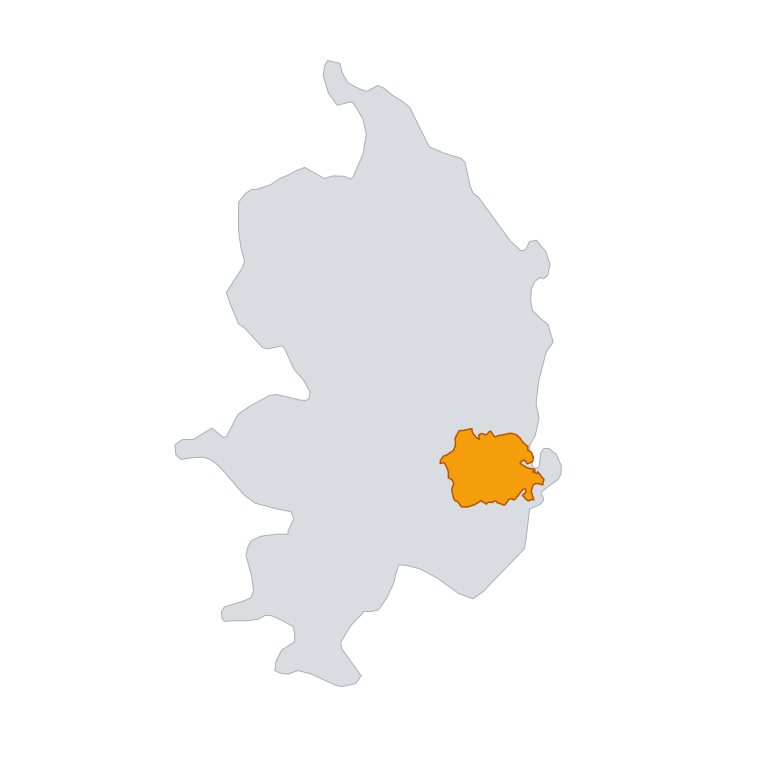 Zürich on a map of Switzerland (orthographic projection), rotated 102°
{"feature_id": "CHE-176", "entity_name": "Zürich", "entity_type": "Canton", "adm_level": 1, "iso_a3": "CHE", "parent_name": "Switzerland", "parent_adm1": "", "projection": "orthographic", "projection_center": [8.664, 47.43], "detail": "fine", "context": "in_parent", "style": "filled", "palette": "amber", "viewbox_px": 768, "rotation_deg": 102, "n_neighbors": 0, "source": "natural_earth", "source_scale": "10m", "svg_char_len": 4857}
<svg xmlns="http://www.w3.org/2000/svg" viewBox="0 0 768 768"><g transform="rotate(102 384 384)"><path d="M561.9,241.1L566.0,243.6L575.6,252.2L573.5,267.1L562.9,291.1L557.3,310.5L556.8,325.3L558.0,332.3L560.0,332.2L570.5,333.1L575.8,333.0L592.7,336.8L606.2,342.5L608.9,348.6L610.8,356.2L627.0,366.2L645.6,372.6L651.8,370.3L674.1,345.7L683.0,349.5L688.7,362.2L688.6,369.0L682.9,394.8L682.1,408.6L687.7,417.6L688.5,424.7L687.0,431.2L677.8,432.0L665.5,428.8L654.8,417.9L647.0,419.4L640.2,422.3L636.9,432.9L634.0,445.5L635.1,452.4L640.1,457.7L644.1,469.0L647.2,483.8L649.4,490.5L647.1,493.6L640.6,495.7L635.2,493.8L625.5,476.3L620.9,469.7L613.5,468.6L600.4,473.1L580.3,483.3L572.1,483.3L565.2,481.4L558.6,473.1L552.9,456.9L551.0,446.8L547.2,447.2L534.3,444.3L528.3,448.4L528.4,465.0L527.3,485.6L520.9,499.0L503.0,522.1L496.4,532.2L493.7,539.4L493.2,545.7L496.0,556.5L499.9,566.9L496.7,572.8L487.1,575.9L480.3,569.6L477.6,558.5L462.9,543.2L469.6,530.4L468.4,527.2L444.2,520.6L433.8,510.9L419.2,493.9L416.5,486.6L417.2,463.0L416.4,457.2L414.4,454.4L407.4,454.6L397.5,462.8L388.4,475.0L369.8,488.7L367.8,491.7L373.9,505.2L373.6,510.5L358.3,531.8L355.3,538.9L335.9,552.2L327.0,557.2L300.3,546.9L292.9,545.7L280.9,552.1L263.9,558.2L236.4,564.0L226.5,559.2L221.8,554.7L219.6,548.2L212.9,536.5L205.4,529.5L200.1,522.0L193.2,513.6L188.7,506.7L195.4,485.2L191.1,477.4L189.1,466.5L190.4,459.1L188.0,457.3L163.7,452.4L143.4,453.2L128.6,460.0L116.4,471.7L114.9,474.2L115.5,476.4L121.1,487.7L110.7,499.0L95.0,507.6L84.1,508.2L79.3,506.3L79.5,493.7L88.7,489.4L97.1,481.6L100.2,470.2L101.5,462.1L93.2,452.1L94.5,446.1L100.2,434.9L103.6,425.0L108.0,416.4L125.3,402.8L142.6,389.0L145.6,373.9L147.4,355.5L149.9,351.1L172.9,340.7L178.7,336.5L181.7,330.3L200.0,310.0L218.1,289.9L221.8,283.1L224.8,279.1L224.9,275.8L222.7,273.2L214.4,271.3L211.7,264.7L221.0,253.2L232.5,246.4L243.6,246.5L247.9,249.8L247.6,253.7L252.3,257.9L260.6,259.5L271.0,258.2L281.3,254.0L287.8,243.7L291.6,236.0L307.8,227.2L318.7,231.9L349.1,233.4L371.4,231.2L385.3,225.2L402.6,225.3L414.1,228.7L416.1,228.3L419.3,227.5L422.5,224.2L433.4,222.0L434.8,219.3L434.4,216.5L432.4,215.1L419.1,216.5L414.0,214.3L412.7,209.4L417.0,200.8L426.8,193.8L435.2,192.1L441.2,194.0L455.8,207.0L459.3,207.4L461.4,205.0L464.4,203.7L469.5,206.3L475.2,214.3L476.1,215.6L508.9,212.6L516.2,212.6L538.6,226.6L561.9,241.1Z" fill="#d9dde1" stroke="#a8b0b8" stroke-width="1"/><path d="M439.0,220.3L439.7,215.6L438.5,215.5L437.9,215.3L437.9,215.2L439.8,212.8L442.1,210.6L443.0,208.9L444.1,207.7L449.8,207.9L449.4,210.9L449.6,214.1L450.2,215.2L451.0,216.4L451.9,217.0L453.1,217.4L458.5,217.6L459.3,217.3L460.0,216.9L460.5,216.3L460.9,216.0L461.2,215.9L461.8,216.0L462.4,215.8L462.9,215.4L463.5,214.7L463.8,214.4L466.0,213.4L466.5,216.0L468.0,217.8L468.2,218.6L468.0,219.6L467.5,220.4L466.5,222.4L465.3,223.7L464.5,225.2L464.1,225.2L463.5,225.1L462.9,224.7L462.2,223.9L460.2,222.9L459.3,222.8L458.4,223.1L457.5,223.8L457.3,224.2L457.3,224.7L457.8,225.4L459.0,226.8L460.6,227.4L469.0,231.5L469.8,232.3L470.5,233.4L470.3,233.7L469.6,235.1L470.2,236.8L471.0,237.7L472.3,238.5L476.2,240.1L477.2,240.9L477.5,241.5L477.5,242.1L476.7,246.3L476.7,246.7L476.7,247.1L476.8,247.4L476.8,247.6L476.8,248.0L476.6,248.5L476.3,248.8L475.7,249.3L475.5,249.5L475.4,249.9L475.3,250.5L475.6,251.6L475.9,252.2L477.2,253.0L477.9,257.1L479.2,258.4L480.3,259.0L479.5,260.2L479.3,261.6L479.1,262.5L478.8,263.1L477.8,264.5L483.1,270.1L483.7,271.0L486.9,276.7L487.7,280.9L488.1,282.5L487.7,283.2L486.9,284.2L485.1,285.7L484.2,287.1L483.4,288.3L483.5,289.9L482.9,290.9L481.7,292.0L473.8,295.7L472.0,295.8L466.5,295.1L464.0,297.0L462.2,301.6L456.4,302.8L451.2,306.2L449.8,307.4L449.1,308.3L448.8,308.9L448.7,309.4L448.8,310.0L448.9,310.4L449.7,311.4L449.9,312.5L446.9,312.9L442.9,311.2L441.9,310.4L441.4,309.6L441.1,308.8L439.5,307.0L437.3,305.0L434.8,302.3L429.5,301.4L425.7,302.1L423.2,303.0L421.8,303.0L420.2,302.7L414.9,301.0L414.0,300.4L413.7,299.6L413.5,298.7L412.9,296.6L409.9,290.2L409.6,288.6L410.0,288.5L410.4,288.5L410.7,288.5L411.6,288.1L413.9,286.7L416.4,283.5L417.7,281.3L418.1,279.4L414.1,280.7L412.5,279.0L412.2,278.2L412.1,277.6L412.2,276.9L412.4,274.8L412.5,273.6L411.9,272.8L409.3,271.5L408.5,270.9L408.1,270.4L408.4,269.4L411.9,265.7L412.5,264.1L412.2,263.4L410.4,260.9L409.4,257.9L406.4,251.6L405.8,248.8L405.8,246.8L406.5,243.1L408.7,239.5L411.6,236.6L414.7,231.6L414.9,230.4L418.6,229.8L418.8,228.9L420.4,225.5L424.4,222.8L428.4,222.4L430.5,224.3L432.1,227.0L432.3,227.4L429.5,230.1L429.4,231.6L429.9,231.9L430.8,232.8L431.2,233.3L431.6,233.9L432.0,234.4L432.4,234.5L432.9,234.5L433.9,233.0L435.6,228.4L435.6,227.7L436.2,226.7L436.3,225.2L436.3,223.8L436.4,222.5L436.4,221.8L436.1,221.0L435.8,220.1L436.2,219.0L436.6,218.6L437.3,218.4L437.9,218.3L438.0,218.7L438.1,219.9L439.0,220.3Z" fill="#f59e0b" stroke="#b45309" stroke-width="1.5"/></g></svg>